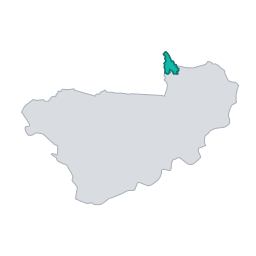 Noumbiel, Noumbiel, Burkina Faso (highlighted), rotated 184°
{"feature_id": "67063806B78350075830190", "entity_name": "Noumbiel", "entity_type": "district", "adm_level": 2, "iso_a3": "BFA", "parent_name": "Burkina Faso", "parent_adm1": "Noumbiel", "projection": "orthographic", "projection_center": [-3.048, 9.8], "detail": "fine", "context": "in_parent", "style": "filled", "palette": "teal", "viewbox_px": 256, "rotation_deg": 184, "n_neighbors": 0, "source": "geoboundaries", "source_scale": "gbopen_adm2", "svg_char_len": 5691}
<svg xmlns="http://www.w3.org/2000/svg" viewBox="0 0 256 256"><g transform="rotate(184 128 128)"><path d="M195.5,162.0L188.5,162.3L186.0,163.1L184.4,163.1L184.4,162.5L184.2,162.1L175.3,160.1L169.1,158.8L162.8,157.5L162.5,158.8L161.6,159.7L160.2,159.7L159.3,159.5L158.7,160.6L157.7,161.9L156.2,162.6L154.8,163.4L154.0,164.2L153.4,164.2L152.0,162.5L150.0,162.3L146.5,162.6L144.9,162.2L142.7,162.0L137.5,162.3L129.2,161.7L127.9,162.1L127.5,162.4L119.3,162.5L110.3,162.6L102.8,162.7L96.2,162.8L96.1,162.5L94.0,162.4L93.8,163.0L91.9,169.9L91.7,173.7L92.7,176.0L93.8,177.5L95.1,178.1L95.2,179.0L94.2,180.1L94.3,181.2L95.5,182.3L95.8,183.5L95.2,184.8L95.3,187.8L96.2,192.6L96.2,195.7L95.4,197.2L95.8,199.6L97.4,203.0L97.7,204.5L97.1,205.2L95.8,206.1L94.4,206.0L92.8,204.0L92.1,203.0L90.8,200.9L89.7,198.8L88.2,197.9L86.8,197.0L85.0,194.3L83.3,193.0L81.5,193.4L78.8,192.9L73.5,192.2L67.8,192.4L65.4,193.0L63.1,194.0L57.1,196.1L54.8,197.2L53.0,199.9L51.0,199.8L48.9,198.9L47.7,197.7L45.0,198.0L42.3,196.8L39.8,194.4L38.0,193.6L35.6,191.9L35.0,188.7L33.5,186.4L32.1,183.3L30.1,181.8L27.7,181.1L24.4,181.2L22.3,179.9L20.6,178.1L21.1,176.5L21.8,174.2L21.9,172.0L22.5,168.5L22.2,164.1L21.6,161.0L23.4,159.7L25.5,158.6L26.8,156.5L28.2,151.8L28.8,147.7L28.4,146.2L27.7,145.0L27.2,143.3L26.9,141.1L27.3,139.2L28.9,137.5L30.9,136.1L32.3,135.4L36.0,134.7L40.6,133.7L43.3,132.5L45.3,131.2L46.4,130.3L47.5,128.3L49.3,126.8L50.7,125.2L50.9,120.9L50.9,118.5L49.9,117.1L49.3,116.0L56.2,112.6L56.3,110.3L55.3,107.6L54.0,105.5L53.5,103.6L55.4,101.5L57.1,99.8L58.3,98.5L61.0,96.4L63.8,95.8L66.4,96.6L73.8,101.6L75.1,101.9L76.7,101.5L78.7,100.2L81.2,99.2L82.2,95.9L82.1,91.0L82.7,88.8L84.0,88.4L88.3,89.3L89.5,89.3L90.7,89.0L91.6,88.2L91.6,86.6L91.4,85.2L92.8,80.7L95.3,77.3L100.5,73.0L102.1,72.2L104.0,71.7L113.2,74.6L114.7,73.9L117.0,66.6L119.5,65.9L122.5,65.8L124.4,65.2L125.4,64.7L129.8,61.9L137.5,58.1L141.7,56.5L142.5,55.9L145.4,53.2L149.3,50.1L151.8,49.5L155.3,49.3L157.5,49.8L158.1,50.6L158.8,51.0L163.4,49.7L169.9,51.7L175.5,53.7L175.2,55.0L175.2,57.2L174.8,60.8L174.3,65.1L176.6,67.9L179.5,70.9L180.2,72.0L179.5,75.0L180.1,76.7L181.6,79.6L184.2,83.2L186.8,87.0L188.6,87.5L190.3,87.7L191.3,88.4L192.9,89.0L194.4,89.4L195.7,90.3L196.5,91.1L197.6,93.4L200.6,94.9L202.6,96.4L201.8,97.1L199.3,96.9L196.9,96.2L196.6,97.3L196.6,101.6L197.0,105.2L197.6,105.6L200.0,106.3L205.8,110.8L211.0,115.1L212.8,116.2L215.7,116.6L218.9,116.7L220.2,116.3L223.3,114.1L224.9,113.8L226.5,113.8L227.3,114.2L228.8,116.0L230.3,118.7L230.7,120.6L230.6,121.7L230.1,122.1L227.6,122.7L226.5,123.1L226.2,123.7L226.7,125.1L227.2,125.9L230.0,129.8L234.1,135.0L235.4,136.3L234.7,137.9L232.8,142.1L231.3,143.8L224.6,149.8L221.3,149.1L214.3,150.4L213.2,149.1L211.6,148.9L209.6,149.2L208.9,149.7L208.6,150.3L207.9,151.1L206.7,153.4L205.7,154.0L204.5,154.4L202.9,154.4L202.1,154.7L202.1,155.9L201.8,156.9L200.8,157.4L200.4,158.5L200.5,159.6L199.9,160.1L198.5,159.8L197.8,159.6L197.0,161.0L196.1,162.0L195.5,162.0Z" fill="#d9dde1" stroke="#a8b0b8" stroke-width="1"/><path d="M94.9,185.3L94.5,185.4L94.4,185.4L94.2,185.5L93.9,185.4L93.7,185.4L93.4,185.2L93.3,184.8L93.3,184.7L93.2,184.6L92.6,184.6L92.4,184.6L92.2,184.6L91.6,184.7L91.4,184.8L91.3,185.0L91.3,185.3L91.2,185.3L91.1,185.5L90.9,185.8L90.7,185.9L90.5,186.0L90.4,186.0L90.2,186.1L90.1,186.3L90.0,186.5L90.2,186.9L90.3,186.9L90.3,187.0L90.5,187.1L90.7,187.3L90.8,187.4L90.7,187.5L90.8,187.8L90.8,188.0L90.7,188.4L90.6,188.5L90.4,188.7L90.4,188.8L90.4,189.0L90.3,188.9L90.2,188.9L90.0,188.7L89.9,188.6L89.7,188.6L89.4,188.6L89.2,188.6L88.9,188.4L88.8,188.2L88.7,188.2L88.4,188.1L88.2,188.0L88.1,187.9L87.9,187.7L87.7,187.6L87.4,187.4L87.3,187.2L87.1,187.0L87.1,186.9L87.0,186.7L86.9,186.7L87.0,186.5L86.9,186.4L86.8,186.2L86.7,186.1L86.7,185.9L86.8,185.8L86.8,185.7L86.7,185.7L86.6,185.4L86.5,185.2L86.4,185.1L86.2,185.1L85.9,185.2L85.7,185.2L85.4,185.3L85.2,185.3L84.9,185.4L84.6,185.3L84.1,185.2L83.8,185.2L83.6,185.3L83.4,185.3L83.1,185.2L82.9,185.2L82.6,185.3L82.3,185.3L82.2,185.3L82.0,185.5L82.1,185.8L82.1,186.0L82.2,186.3L82.3,186.3L82.5,186.5L82.8,186.7L83.0,186.8L83.4,187.1L83.4,187.3L83.4,187.6L83.3,187.8L83.2,187.8L82.7,188.0L82.5,187.9L82.4,187.9L82.2,187.9L82.0,188.0L81.9,188.3L81.9,188.5L81.8,188.8L81.7,188.8L81.4,188.9L81.4,189.0L81.3,189.3L81.4,189.5L81.6,189.7L81.7,189.8L81.7,190.0L81.8,190.1L81.7,190.3L81.6,190.5L81.5,190.8L81.6,191.0L81.8,191.1L82.1,191.0L82.3,190.9L82.5,190.8L82.7,191.0L82.8,191.1L82.8,191.3L83.0,191.5L83.2,191.8L83.3,191.8L83.5,191.9L83.5,192.0L83.6,191.9L83.8,191.9L83.8,192.0L84.1,192.1L84.1,192.5L84.1,193.0L84.1,193.3L84.1,193.8L84.1,194.1L84.3,194.4L84.4,194.5L84.9,194.5L85.4,194.4L85.7,194.3L86.0,194.4L86.1,194.6L86.3,195.0L86.4,195.4L86.7,195.6L86.8,195.9L86.8,196.5L86.9,196.8L87.0,196.8L87.2,197.2L87.6,197.8L87.8,197.9L88.1,197.9L88.9,197.2L89.0,197.3L89.5,197.9L89.8,198.6L90.0,199.2L90.3,199.9L90.7,200.6L90.9,201.0L91.0,201.0L91.4,201.9L91.8,202.7L92.1,203.1L93.0,204.3L93.6,204.8L93.8,205.1L94.5,205.8L94.9,206.2L95.2,206.5L95.7,206.7L95.9,206.7L96.1,206.5L96.6,205.8L96.8,205.7L96.9,205.3L97.4,204.7L97.7,204.4L97.9,204.3L97.9,204.1L97.3,203.5L97.2,203.4L96.7,203.1L96.1,202.7L95.8,202.4L95.7,202.2L95.4,201.6L95.5,201.3L95.6,200.9L96.1,200.1L96.0,199.7L95.9,199.2L95.7,198.9L95.2,198.7L95.0,198.3L95.1,197.8L95.1,197.7L94.9,197.3L95.0,197.1L95.3,196.8L95.4,196.3L95.7,195.8L95.9,195.6L96.4,195.3L96.6,195.0L96.6,194.9L96.6,194.7L96.1,194.2L95.9,193.9L95.8,193.7L95.7,193.1L95.6,192.8L95.7,192.5L96.2,191.6L96.2,191.3L95.9,190.7L95.8,190.2L95.3,189.5L95.3,189.2L95.1,188.7L95.0,188.1L95.1,187.9L95.0,187.2L95.1,186.5L95.1,186.4L95.0,185.9L94.9,185.4L94.9,185.3Z" fill="#14b8a6" stroke="#0f766e" stroke-width="1.5"/></g></svg>